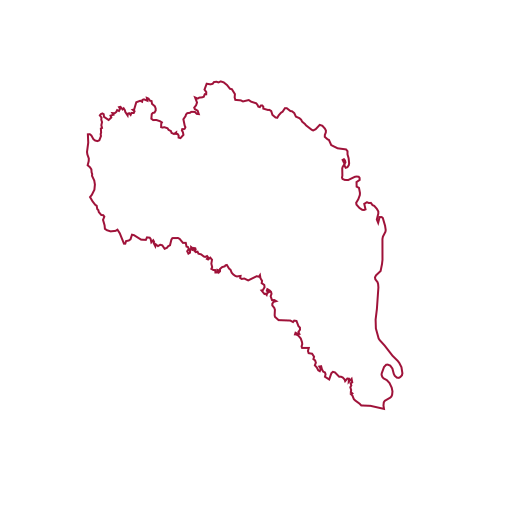 outline of Montes Claros de Goiás, Goiás, Brazil, rotated 158°
{"feature_id": "56859067B96767902593649", "entity_name": "Montes Claros de Goiás", "entity_type": "district", "adm_level": 2, "iso_a3": "BRA", "parent_name": "Brazil", "parent_adm1": "Goiás", "projection": "equal_earth", "projection_center": [-51.564, -15.848], "detail": "fine", "context": "isolated", "style": "outline", "palette": "rose", "viewbox_px": 512, "rotation_deg": 158, "n_neighbors": 0, "source": "geoboundaries", "source_scale": "gbopen_adm2", "svg_char_len": 6135}
<svg xmlns="http://www.w3.org/2000/svg" viewBox="0 0 512 512"><g transform="rotate(158 256 256)"><path d="M124.2,243.7L124.9,245.0L126.8,245.8L130.3,241.0L130.3,244.6L126.7,249.5L125.9,251.5L126.3,254.5L127.6,258.2L128.9,259.5L129.6,262.2L131.6,262.9L133.0,264.3L136.1,263.8L137.0,258.2L138.6,258.2L140.2,259.0L142.1,261.8L143.6,266.0L143.2,267.8L139.9,270.3L136.9,273.6L136.0,275.5L135.0,280.6L136.7,282.6L135.1,286.9L131.4,287.7L130.7,289.6L131.1,291.0L132.9,292.0L134.7,292.4L142.1,291.9L145.2,293.3L146.9,295.0L146.9,296.5L145.8,298.2L143.2,305.0L142.2,306.2L139.4,308.2L140.1,306.3L139.8,304.2L138.0,304.1L136.0,305.4L134.9,307.1L133.5,312.0L133.1,315.9L131.9,318.9L132.6,321.1L140.0,325.3L144.7,330.6L144.9,336.3L145.9,337.3L147.6,340.7L146.8,342.5L145.0,344.4L144.2,346.1L144.4,348.3L145.7,351.9L147.8,353.7L153.2,351.2L156.0,351.0L157.1,352.2L160.7,358.4L161.2,360.1L162.9,363.3L163.1,365.5L164.1,367.5L166.8,370.3L167.0,374.2L168.4,376.7L169.8,377.5L172.1,381.5L173.8,382.2L177.3,379.8L179.1,379.5L182.3,377.9L184.5,376.2L186.0,377.1L187.9,380.7L187.6,384.7L188.9,386.5L190.2,386.9L194.0,389.9L193.3,391.8L193.9,393.3L195.2,393.7L196.7,392.6L197.9,393.6L198.0,395.5L198.6,397.5L202.7,400.9L204.3,403.3L210.2,404.2L211.8,406.0L216.7,408.5L216.4,411.0L214.9,414.0L215.9,419.7L217.5,420.8L218.8,425.3L220.9,429.1L223.3,431.1L225.8,431.0L227.4,432.4L229.9,433.0L231.7,431.9L233.9,432.2L237.2,434.2L241.4,429.6L240.7,426.6L241.6,424.6L242.9,425.2L244.8,423.2L246.6,423.3L249.2,424.1L251.1,423.8L253.1,425.8L253.2,420.4L255.1,418.2L257.7,416.7L257.7,415.1L255.7,412.6L255.9,409.0L257.7,410.0L258.7,412.5L262.1,413.9L263.6,413.5L266.2,414.2L267.9,413.4L268.9,412.1L272.1,410.0L273.3,403.5L273.2,401.9L274.3,400.8L275.5,400.6L276.8,401.3L277.7,400.2L277.4,398.2L277.9,395.5L281.9,393.6L283.4,394.8L282.6,396.7L283.0,398.5L284.3,399.1L283.7,400.5L286.3,399.8L288.2,401.8L288.1,403.7L289.8,405.7L290.2,407.6L292.8,409.8L294.6,410.1L295.7,411.0L294.3,414.2L293.2,415.1L294.6,417.0L297.4,419.4L300.5,420.6L301.6,422.5L299.5,426.6L298.1,427.3L296.4,427.0L294.5,428.5L293.8,430.3L293.7,432.7L295.4,436.0L294.8,438.8L296.2,439.8L296.7,442.2L298.0,443.5L298.6,440.7L301.2,443.2L302.8,443.3L303.8,441.7L305.2,443.3L309.4,443.4L314.1,437.5L315.5,437.7L314.4,435.7L315.8,434.4L317.9,435.3L319.4,433.8L320.1,435.9L321.5,436.0L322.4,434.4L323.2,438.4L323.0,440.4L323.4,442.5L324.8,441.9L325.8,445.1L327.2,445.3L326.9,443.4L328.7,441.8L330.1,443.3L331.6,441.9L333.6,441.3L335.6,442.3L335.3,440.4L338.3,440.6L338.3,438.6L341.7,437.3L344.8,442.0L344.1,444.5L345.0,445.7L346.6,445.7L348.1,444.9L347.4,442.2L348.4,440.4L348.6,437.8L350.4,435.2L350.8,432.4L352.1,432.3L353.4,428.4L354.4,427.2L354.8,425.3L357.9,422.0L359.9,421.9L361.9,423.3L363.0,425.2L363.5,429.4L364.5,431.2L366.3,431.8L369.1,423.9L373.7,415.8L374.3,413.4L374.5,409.0L375.6,406.6L378.1,403.2L376.7,400.5L376.2,398.0L377.1,395.1L377.2,393.3L378.0,391.8L377.7,386.5L378.6,382.6L381.0,378.0L385.3,374.2L387.8,372.8L387.1,368.0L385.9,363.7L384.9,362.3L385.6,359.0L385.0,357.6L385.3,355.6L384.1,352.0L382.3,351.0L381.9,349.3L384.3,346.8L384.9,341.2L385.9,337.8L384.6,335.8L381.6,333.3L376.7,331.9L374.6,332.3L373.8,328.1L373.8,316.9L372.6,316.4L370.9,318.5L368.1,318.0L366.1,318.5L363.0,322.2L361.3,321.0L356.4,314.2L352.1,312.2L350.1,314.1L347.7,312.8L347.3,311.2L347.9,307.9L345.4,309.1L345.2,307.4L346.0,306.2L345.7,302.7L344.5,304.3L343.2,301.9L340.6,302.3L338.9,301.0L338.0,296.9L335.3,297.0L334.0,297.9L331.7,298.2L328.3,302.9L326.8,303.9L321.6,301.9L320.4,300.5L318.8,295.5L316.2,294.5L316.9,290.8L315.7,289.7L315.7,287.7L314.5,286.5L313.4,287.1L312.8,288.6L312.1,287.4L312.7,285.4L311.4,285.1L310.5,286.6L309.4,285.9L309.6,284.4L311.0,283.5L310.4,282.1L308.6,281.9L308.5,279.7L306.3,278.1L304.5,275.0L303.5,274.2L301.4,274.3L301.0,272.8L302.6,271.7L301.7,270.7L299.0,271.6L298.2,269.0L300.3,265.6L300.8,262.1L302.2,260.8L300.8,259.0L299.1,258.2L299.8,255.9L298.0,255.2L297.0,257.6L295.9,256.7L296.3,254.8L295.1,255.3L294.2,257.5L291.5,258.4L288.9,258.1L287.7,258.8L286.4,258.6L285.7,254.4L284.8,252.8L284.8,249.6L284.0,247.4L282.6,245.2L281.4,244.2L277.8,243.3L278.9,241.6L277.9,240.1L275.3,239.5L272.4,236.3L262.9,237.0L261.1,235.7L259.5,236.8L260.2,233.7L259.7,230.7L260.9,228.7L259.2,226.1L259.7,223.9L262.4,221.8L263.8,222.0L262.4,217.6L261.2,217.4L260.7,215.9L259.5,217.4L257.8,217.6L259.0,219.7L257.9,221.0L256.2,218.8L255.5,217.1L255.8,215.1L257.5,213.2L257.7,209.1L255.5,208.3L254.2,206.6L257.0,206.9L258.8,205.6L259.4,204.0L258.5,201.1L258.6,199.1L260.9,194.1L261.2,192.5L259.1,188.1L248.4,183.3L246.4,180.9L244.8,181.8L242.8,180.6L242.9,175.0L242.1,173.2L242.8,171.2L245.1,169.7L245.0,167.5L246.4,167.9L248.1,170.0L249.2,168.7L248.1,168.2L246.6,166.4L245.4,162.7L245.6,158.9L246.1,157.0L247.6,155.1L247.7,153.5L241.5,151.0L243.4,148.5L243.6,146.2L240.6,144.4L239.9,140.8L241.4,138.9L240.3,137.0L240.5,134.6L242.4,132.6L241.4,129.9L241.1,126.7L240.0,125.3L238.3,127.1L238.7,129.8L236.9,129.4L237.3,126.2L237.0,123.6L235.7,122.2L235.8,120.3L237.3,118.2L234.4,114.1L230.0,119.1L228.1,119.8L226.4,118.5L224.1,112.9L222.5,112.3L221.1,110.9L220.1,108.3L220.2,106.6L217.2,108.2L215.8,107.4L217.2,104.5L213.4,106.3L214.1,102.8L216.0,102.5L216.1,100.3L217.7,99.0L218.0,96.0L219.1,94.3L218.2,92.6L219.7,92.4L218.9,90.5L218.9,86.6L218.1,84.8L215.3,80.3L214.4,78.0L206.0,74.2L194.6,66.3L193.8,69.7L192.3,72.5L190.8,73.5L184.5,74.4L183.1,75.0L181.8,76.3L180.2,79.3L179.5,83.1L179.8,88.2L181.2,91.9L183.6,94.8L184.2,96.6L184.1,98.8L183.4,100.1L178.9,105.1L176.1,106.4L174.6,106.0L172.6,104.1L171.7,100.6L172.4,95.1L172.2,92.9L170.9,90.4L169.2,89.5L167.6,89.7L165.4,90.7L164.2,92.4L162.8,98.4L163.2,103.1L163.9,105.7L166.8,112.4L170.3,124.8L172.8,131.6L173.2,133.5L172.0,143.9L168.9,152.3L163.8,161.5L154.3,181.0L153.3,184.2L153.1,186.2L154.1,189.7L153.7,191.6L152.0,193.1L146.1,195.4L142.2,201.3L140.2,205.0L132.4,224.4L131.1,226.4L126.9,230.0L126.0,231.5L125.0,235.7L124.2,243.7ZM139.4,308.2L139.7,312.6L138.2,312.8L137.7,311.2L138.0,309.3L139.4,308.2ZM315.7,287.7L318.0,286.2L317.8,283.5L316.0,283.8L315.3,285.3L315.7,287.7Z" fill="none" stroke="#9f1239" stroke-width="2"/></g></svg>